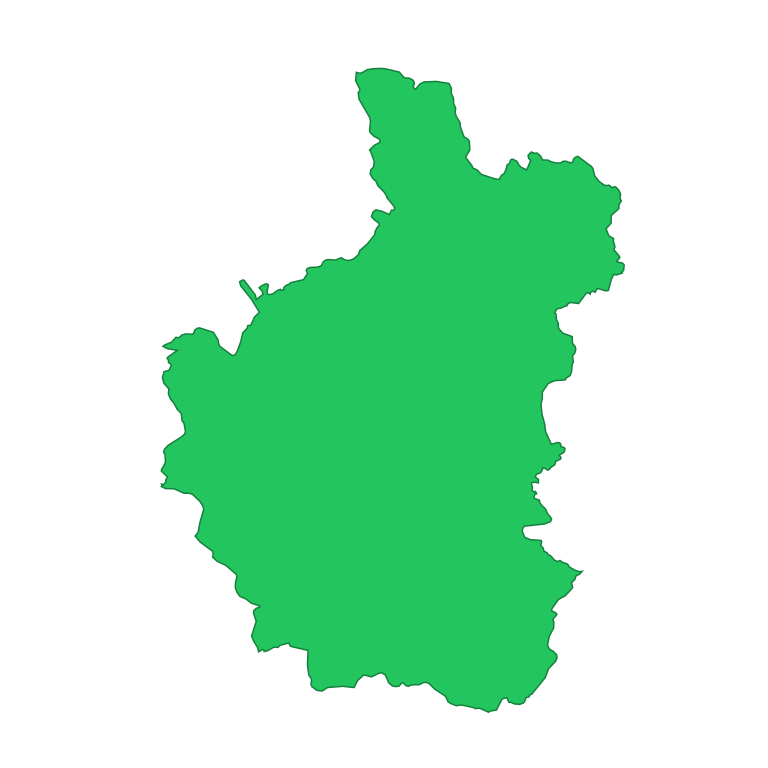 Sakaraha, Atsimo-Andrefana, Madagascar, rotated 97°
{"feature_id": "10022922B49716742274905", "entity_name": "Sakaraha", "entity_type": "district", "adm_level": 2, "iso_a3": "MDG", "parent_name": "Madagascar", "parent_adm1": "Atsimo-Andrefana", "projection": "natural_earth1", "projection_center": [44.417, -22.83], "detail": "fine", "context": "isolated", "style": "filled", "palette": "green", "viewbox_px": 768, "rotation_deg": 97, "n_neighbors": 0, "source": "geoboundaries", "source_scale": "gbopen_adm2", "svg_char_len": 6141}
<svg xmlns="http://www.w3.org/2000/svg" viewBox="0 0 768 768"><g transform="rotate(97 384 384)"><path d="M697.0,240.3L695.6,238.4L693.9,232.6L682.6,228.6L681.1,226.2L680.6,223.6L684.7,221.3L684.5,219.2L685.7,215.3L685.4,210.3L683.9,207.1L682.4,205.9L677.9,204.7L677.0,202.0L674.8,201.4L673.8,199.5L655.8,188.2L646.3,185.9L638.3,179.8L634.4,178.9L631.5,179.8L628.5,183.7L627.0,187.5L623.4,189.9L614.2,189.2L605.6,185.9L599.4,186.4L597.3,187.8L591.6,184.3L590.0,185.9L588.8,189.9L586.6,190.0L576.6,184.6L571.9,178.1L564.6,172.9L562.7,172.0L558.4,173.7L554.8,170.8L551.1,170.1L549.1,166.9L545.8,164.5L546.4,167.1L545.6,171.9L542.8,178.0L540.3,179.8L539.2,185.3L537.7,187.8L539.1,190.3L537.9,193.6L534.6,197.1L533.0,200.6L531.7,201.4L530.3,205.0L527.6,205.9L525.0,208.8L521.6,208.2L520.1,209.0L520.7,219.6L519.1,225.6L513.2,228.9L510.2,228.6L508.0,227.4L503.4,207.7L500.5,202.2L498.4,201.3L497.0,201.4L493.0,205.6L488.0,208.8L485.7,212.2L482.6,215.0L480.4,215.5L479.4,220.2L478.4,221.5L474.9,220.7L474.4,219.1L472.1,220.6L473.0,222.1L471.2,224.1L468.2,224.1L465.3,225.5L464.1,225.1L463.1,222.9L463.3,218.7L459.9,219.1L457.9,222.5L455.0,221.7L453.0,217.8L450.4,216.5L448.1,216.4L448.0,214.0L449.6,211.0L448.5,209.4L446.8,208.5L443.3,204.7L439.7,204.0L437.0,199.5L435.3,199.5L433.2,201.4L429.9,197.1L427.5,196.5L426.1,196.5L424.9,197.8L424.7,200.6L421.9,201.4L420.9,202.6L420.9,204.6L423.5,210.5L411.7,217.8L404.0,219.7L394.7,223.5L385.1,225.7L379.9,225.1L372.6,225.8L363.5,221.1L359.8,214.7L357.9,204.7L355.7,203.7L352.9,200.3L349.1,199.4L341.0,199.6L339.6,198.7L332.9,200.3L330.3,198.5L326.6,197.8L323.7,198.7L320.6,201.9L314.0,203.0L311.7,212.8L307.5,217.5L302.4,218.5L299.1,220.7L293.5,221.8L292.7,223.3L288.4,221.6L286.5,216.3L285.2,215.0L284.0,211.8L282.7,211.9L280.4,209.1L280.4,200.6L269.3,194.4L268.5,192.5L269.7,190.3L267.8,190.2L266.4,187.9L267.2,185.6L263.1,184.0L264.6,174.8L263.7,172.7L252.9,171.2L247.3,169.4L247.4,166.4L244.7,160.9L244.0,161.6L242.0,160.0L236.5,160.1L235.0,161.8L234.3,167.7L233.4,167.8L230.1,165.4L228.8,165.7L222.7,172.1L219.4,171.5L214.1,173.9L211.7,173.8L209.5,179.0L202.8,182.5L196.8,178.2L189.1,179.0L181.3,172.2L177.4,172.7L173.5,170.7L170.8,172.4L166.5,172.4L163.2,174.4L160.2,178.0L160.1,179.5L161.6,181.2L159.2,184.7L159.9,187.0L159.7,189.9L156.6,195.3L151.9,200.1L144.7,202.9L142.9,204.5L134.4,219.4L135.8,221.9L137.7,223.3L140.6,223.6L141.8,225.4L140.7,230.6L141.0,233.1L143.0,235.8L143.7,239.7L143.0,245.3L141.8,248.5L142.3,254.0L138.9,256.1L137.2,258.5L136.1,260.4L136.7,262.4L135.8,266.1L139.5,268.9L142.5,267.9L144.4,265.6L154.1,268.5L152.2,274.2L150.5,276.5L146.8,279.2L145.3,283.1L145.4,284.7L146.4,285.7L149.5,286.3L151.8,288.6L155.8,288.9L160.6,290.5L162.6,292.9L166.9,294.6L166.9,298.5L164.5,311.3L163.7,313.4L160.3,317.5L158.7,322.2L156.4,323.5L149.0,330.7L141.2,327.3L132.7,328.9L130.8,330.6L129.1,334.4L127.8,335.3L119.1,339.7L115.2,340.4L109.4,345.0L105.8,346.5L101.2,346.5L97.5,349.0L91.5,350.0L87.6,352.6L82.2,353.2L77.8,356.1L77.3,368.9L79.3,381.1L81.9,384.9L87.5,388.5L86.8,390.2L85.4,391.3L82.1,390.4L80.0,391.2L78.6,392.8L77.3,396.4L77.7,400.1L77.1,401.8L72.5,406.9L71.0,420.7L71.1,425.4L72.4,433.1L74.0,438.9L78.0,444.0L78.5,446.8L78.0,449.4L86.5,449.1L94.3,443.9L96.2,443.9L97.8,445.1L104.3,443.5L121.1,430.8L125.0,429.4L133.6,429.3L136.0,428.5L139.3,424.2L141.4,418.6L143.0,417.7L144.5,417.4L148.2,422.6L153.5,426.9L155.0,425.5L164.3,420.8L170.1,420.9L172.9,423.2L177.2,423.3L181.3,420.2L184.0,416.4L187.8,414.4L193.6,407.2L197.1,404.3L198.5,404.0L206.2,396.0L207.7,394.9L209.4,395.0L210.6,396.0L210.5,397.7L215.1,399.3L212.9,406.8L212.1,413.2L214.6,415.8L219.5,416.9L222.5,413.3L224.7,409.0L227.1,408.0L229.4,409.8L233.8,411.4L236.9,411.4L247.0,417.6L254.7,424.5L258.4,425.0L263.4,429.2L265.5,433.1L265.7,435.2L265.7,437.6L263.9,441.8L267.0,447.6L267.2,454.1L268.1,457.0L270.3,459.3L274.0,460.5L274.9,461.6L276.2,464.7L277.3,471.7L279.1,474.6L280.5,475.1L283.8,473.4L290.2,476.6L294.8,489.0L296.3,490.1L298.3,493.6L300.9,495.4L302.6,494.9L303.5,497.4L302.7,498.4L303.7,500.6L308.1,505.4L309.3,508.6L309.0,510.5L307.7,511.2L299.6,510.9L298.8,512.9L299.2,513.8L301.3,517.3L303.7,519.7L306.9,516.1L309.6,514.9L315.7,521.1L311.3,522.6L298.1,535.5L297.9,536.8L300.1,539.8L304.0,538.2L316.4,525.6L328.1,516.4L333.2,520.6L342.0,523.5L342.6,526.3L345.4,526.6L350.3,530.4L359.6,531.4L369.3,533.6L373.3,535.4L374.2,538.2L366.7,551.3L364.7,552.8L360.4,554.1L353.5,559.6L350.8,573.8L351.2,575.6L353.4,578.4L356.8,579.1L358.0,580.3L358.4,586.7L360.0,590.5L363.2,593.4L363.0,596.2L368.4,599.9L371.9,606.3L373.6,608.0L375.4,603.0L375.8,593.2L383.6,601.8L385.2,602.4L386.1,600.9L389.0,600.6L390.0,598.2L391.8,597.5L395.5,598.6L397.0,599.8L398.5,603.8L404.8,604.7L410.2,602.5L415.0,597.0L420.2,596.8L425.3,593.8L428.9,589.9L434.3,586.2L438.1,581.6L445.1,579.9L447.5,577.7L454.8,575.4L457.5,575.6L460.6,577.9L471.2,590.8L475.7,594.1L478.3,594.4L480.9,592.7L487.4,591.5L489.7,591.7L496.1,594.4L497.7,594.3L502.6,587.5L505.9,589.0L507.6,588.5L510.8,590.6L510.5,592.5L511.6,591.8L512.9,592.5L514.4,588.1L513.6,579.5L516.8,569.2L516.2,564.3L516.7,560.9L522.7,552.7L526.5,549.4L529.1,547.9L531.3,547.8L543.7,549.8L553.8,550.4L558.0,552.9L563.4,547.0L570.9,533.8L573.9,532.7L576.7,533.1L580.4,527.8L583.3,518.9L591.2,507.1L593.9,506.4L597.9,507.2L603.7,506.9L608.3,504.8L612.4,501.1L614.3,494.6L617.6,489.3L619.5,480.0L620.6,480.3L622.2,483.4L624.7,485.6L627.5,485.5L635.1,481.9L650.3,484.7L654.5,482.4L660.9,477.4L665.1,475.8L662.3,472.2L662.6,471.0L664.1,470.3L662.8,466.8L658.6,461.2L658.3,457.0L656.0,455.4L652.7,446.9L655.3,445.2L655.9,443.8L657.7,426.9L671.8,425.8L682.0,423.2L686.0,419.8L691.0,419.9L693.3,418.6L696.3,413.1L696.2,407.9L692.1,402.9L689.1,388.1L688.9,376.7L681.6,374.1L675.2,368.6L676.2,360.7L671.7,353.8L670.9,351.3L672.5,347.3L680.0,342.9L682.7,339.0L682.9,335.5L682.1,332.3L678.3,329.7L678.6,328.3L680.7,325.5L681.1,323.0L679.1,319.5L678.2,312.5L675.3,308.1L675.1,304.9L676.0,302.5L680.6,296.5L686.1,285.6L687.5,284.1L691.4,281.9L692.9,279.2L694.5,273.1L693.2,268.2L694.2,256.1L695.1,253.6L694.1,249.7L697.0,240.3Z" fill="#22c55e" stroke="#15803d" stroke-width="1.5"/></g></svg>